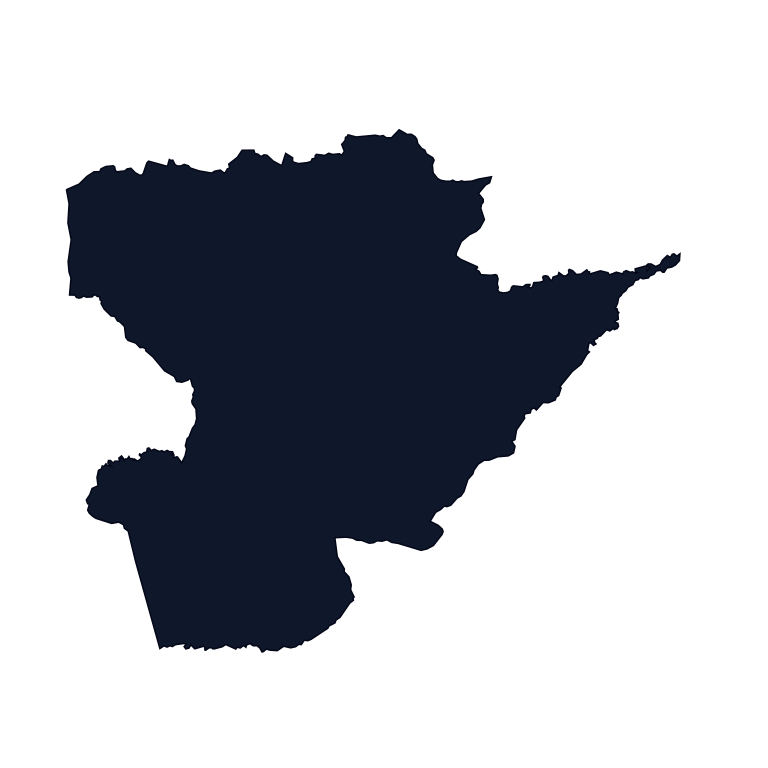 Kabadougou, Denguélé, Ivory Coast (Natural Earth projection), rotated 263°
{"feature_id": "98640826B2974603948771", "entity_name": "Kabadougou", "entity_type": "district", "adm_level": 2, "iso_a3": "CIV", "parent_name": "Ivory Coast", "parent_adm1": "Denguélé", "projection": "natural_earth1", "projection_center": [-7.327, 9.255], "detail": "fine", "context": "isolated", "style": "filled", "palette": "ink", "viewbox_px": 768, "rotation_deg": 263, "n_neighbors": 0, "source": "geoboundaries", "source_scale": "gbopen_adm2", "svg_char_len": 6138}
<svg xmlns="http://www.w3.org/2000/svg" viewBox="0 0 768 768"><g transform="rotate(263 384 384)"><path d="M477.2,693.6L475.2,690.2L477.9,687.7L477.6,685.9L474.8,683.7L477.0,680.8L473.0,675.5L469.0,672.7L467.5,668.0L470.6,663.7L471.0,660.9L470.2,659.5L468.0,660.2L467.4,661.5L468.2,662.5L464.3,659.1L467.9,659.2L469.3,658.2L467.7,647.3L464.4,647.1L463.8,649.2L462.9,647.2L465.1,644.4L464.9,642.0L467.0,638.3L466.2,635.7L464.2,634.3L466.7,628.2L464.8,621.1L467.2,619.9L470.0,612.5L468.2,602.1L468.5,601.3L470.2,601.7L470.4,600.4L472.6,599.2L469.2,593.1L469.2,588.4L473.5,585.0L475.2,581.9L474.4,581.0L471.4,581.1L469.1,577.8L469.6,575.1L473.3,571.2L470.5,569.9L469.6,564.9L466.3,563.4L467.0,561.9L470.9,559.8L471.8,557.6L471.6,555.3L470.6,554.5L466.8,555.2L466.0,550.9L466.4,545.0L462.4,543.3L461.3,541.5L462.9,538.4L463.8,540.7L465.0,541.0L465.4,537.1L463.5,533.7L465.7,524.3L464.6,522.5L461.2,521.0L459.9,518.2L459.8,514.0L461.1,509.7L463.5,508.2L465.6,509.2L469.5,508.6L474.3,510.0L478.1,509.4L479.0,508.0L478.9,503.3L480.7,493.5L484.2,492.1L486.8,488.7L487.9,491.0L489.0,490.9L498.4,475.3L502.5,471.2L505.6,471.9L516.0,478.2L521.8,487.0L524.3,494.1L527.4,498.4L534.9,503.7L546.6,501.5L550.6,502.8L552.4,504.7L555.3,505.0L561.6,501.1L569.1,509.0L570.9,513.4L576.6,515.9L575.9,502.6L574.7,495.9L575.1,488.1L576.2,485.8L575.6,482.7L576.1,479.8L578.0,477.0L577.2,474.8L577.7,470.3L579.3,465.2L581.5,462.2L587.6,458.5L595.6,458.7L600.0,461.0L602.6,460.1L607.4,454.1L611.2,453.0L613.2,450.1L618.6,446.8L623.1,446.4L625.8,444.9L628.6,441.5L628.9,437.4L634.5,430.0L627.5,421.4L628.2,416.1L630.7,413.5L630.5,410.0L632.0,405.7L632.6,386.5L635.7,378.7L633.9,377.4L633.6,375.9L630.4,375.0L627.0,371.2L619.7,373.0L616.4,370.0L618.0,367.7L618.1,361.1L619.8,357.2L618.1,353.2L620.2,344.9L619.0,343.5L616.6,343.2L616.2,340.1L613.7,338.6L613.1,334.6L613.2,326.1L615.0,321.7L616.3,320.4L619.7,320.9L624.9,314.5L613.2,309.1L618.7,301.3L625.4,295.7L626.1,292.7L625.0,290.7L625.3,289.0L627.5,286.9L628.5,284.0L632.0,283.3L633.3,271.6L626.9,266.1L621.2,256.7L617.2,257.1L616.7,254.8L613.1,252.2L613.3,250.6L616.3,247.6L615.9,242.0L614.4,238.6L618.1,226.3L622.0,218.1L624.4,216.5L626.3,212.5L625.2,208.7L625.7,205.1L627.4,203.3L632.0,201.6L631.7,200.1L633.0,198.3L626.8,195.7L626.8,194.6L633.9,177.5L632.4,175.6L622.3,170.7L620.7,168.9L621.2,166.7L624.0,162.9L629.0,159.1L628.8,155.2L627.1,152.7L627.2,144.7L628.7,143.4L632.4,143.1L633.6,141.8L633.8,134.5L632.1,129.4L629.4,127.7L630.0,122.1L626.3,114.5L619.5,105.6L615.9,93.3L615.3,92.5L601.4,93.4L582.4,89.9L565.3,91.1L544.0,85.4L533.6,85.0L527.2,86.2L510.6,82.7L509.9,88.0L507.4,89.3L506.4,91.8L506.7,94.4L508.0,96.2L506.4,99.4L506.0,104.9L507.5,106.7L507.6,108.4L505.8,110.1L505.3,112.5L502.1,112.4L500.8,113.8L498.3,113.0L492.4,115.4L484.8,121.4L483.9,125.0L479.1,127.1L477.9,129.3L472.7,133.4L461.8,133.4L458.5,135.2L454.8,142.6L449.8,146.3L449.7,149.2L448.1,151.6L446.0,151.6L439.1,157.9L423.8,167.8L417.0,176.8L411.8,178.5L410.4,183.6L411.8,190.1L412.9,191.0L412.6,192.6L405.3,193.6L402.8,195.3L400.1,195.0L396.8,192.9L394.2,193.1L390.5,191.1L387.8,191.3L382.1,194.3L372.4,193.8L366.6,191.5L363.5,188.5L355.2,184.0L353.7,181.9L346.8,179.3L343.7,180.2L337.0,177.8L330.4,173.6L336.7,170.2L337.0,169.3L336.0,168.3L336.9,167.8L336.6,166.0L339.1,166.9L339.7,164.5L340.6,166.4L342.5,165.9L343.1,162.6L344.5,160.8L343.4,157.2L344.9,155.6L344.5,152.7L347.3,147.9L346.3,144.9L349.2,142.9L348.9,141.2L345.3,140.1L345.2,137.6L343.3,134.5L344.4,133.0L343.4,132.5L341.4,134.0L339.6,134.0L337.5,130.1L340.0,127.0L339.1,126.2L337.7,126.6L340.5,125.4L341.0,122.6L343.1,122.0L340.8,119.9L341.2,118.1L339.4,117.1L341.6,116.3L341.7,113.9L342.8,115.8L344.6,114.7L342.8,111.8L339.6,112.1L340.2,107.6L338.7,105.4L341.4,103.2L341.6,101.2L339.2,100.3L335.6,103.2L337.1,99.4L338.7,98.3L336.4,96.2L337.0,94.3L334.3,93.3L333.1,90.1L326.1,87.7L317.8,87.7L315.9,81.5L310.0,78.5L305.2,74.4L301.3,75.2L300.6,76.9L294.9,74.5L291.8,75.7L288.1,78.8L285.7,81.8L278.8,96.7L279.2,103.9L276.1,108.3L272.5,108.7L269.1,112.2L238.2,115.8L148.7,129.3L150.9,133.7L149.3,136.6L150.3,139.8L149.2,141.9L150.7,145.4L150.8,154.4L150.0,155.8L147.7,153.6L145.2,155.0L145.6,158.2L148.6,160.5L144.2,163.9L145.7,173.0L144.6,174.0L141.8,173.8L141.5,174.6L143.4,178.2L143.3,180.7L142.1,181.6L141.8,183.3L142.9,191.5L144.7,195.1L139.0,204.6L140.6,206.1L139.5,209.2L141.6,212.8L139.5,214.8L141.9,216.0L142.6,219.4L140.1,222.3L139.7,226.1L136.9,228.7L132.9,230.2L133.1,231.8L135.3,235.0L133.8,238.1L132.3,245.5L135.9,252.5L133.5,259.2L134.0,264.2L136.0,267.7L135.4,270.2L139.4,273.6L138.5,277.1L139.4,280.4L148.5,298.6L150.5,299.8L152.9,306.3L155.6,307.6L157.6,311.8L170.6,323.2L173.1,327.3L175.2,327.2L176.2,328.4L183.8,325.8L188.6,327.0L196.8,325.7L202.6,321.6L205.3,322.1L218.3,316.6L237.4,316.5L236.6,327.5L234.9,334.0L232.2,338.0L231.6,342.6L227.8,349.8L227.7,354.1L229.2,358.1L228.2,362.9L229.0,367.9L225.8,372.4L224.1,378.5L214.4,400.5L215.0,406.4L217.7,413.4L227.7,423.4L230.4,424.7L233.0,424.1L237.2,420.5L242.1,413.1L250.3,419.6L252.5,424.9L255.6,429.1L254.6,431.4L255.5,435.5L261.9,442.7L263.4,446.6L267.4,450.2L279.0,455.6L283.9,461.2L287.5,462.8L293.0,467.8L296.1,474.1L295.6,479.2L297.9,488.0L297.5,498.6L299.8,504.2L306.3,506.5L311.4,503.8L312.9,507.2L322.3,510.0L332.9,519.5L335.1,519.2L337.2,520.3L337.5,525.7L340.2,526.7L341.8,528.7L341.6,530.3L339.6,532.1L346.2,539.6L345.3,545.0L347.3,552.1L350.0,553.2L351.2,555.9L358.4,559.3L358.9,557.9L361.1,559.5L373.5,572.4L379.7,582.1L388.5,588.8L390.8,591.8L392.3,590.1L399.2,592.3L399.9,594.1L396.8,596.6L397.9,599.3L399.4,598.1L402.5,598.1L403.3,601.4L405.0,602.2L405.3,604.9L410.8,611.6L409.1,614.6L411.4,618.7L409.9,619.2L410.7,622.2L412.6,623.8L415.8,623.6L416.8,621.3L418.0,620.7L419.7,624.5L425.0,624.7L426.3,625.8L428.1,624.4L429.9,624.8L431.1,622.9L435.5,625.6L441.2,627.5L443.2,630.4L445.0,631.5L447.0,635.2L450.3,637.9L452.3,643.1L456.1,645.7L456.6,649.2L458.5,651.0L456.8,653.8L457.1,659.5L458.8,660.7L460.0,665.2L463.0,668.1L463.1,672.4L460.9,674.3L460.8,675.7L464.6,678.9L465.0,683.9L466.6,687.8L470.4,692.3L477.2,693.6Z" fill="#0f172a" stroke="#020617" stroke-width="1.5"/></g></svg>